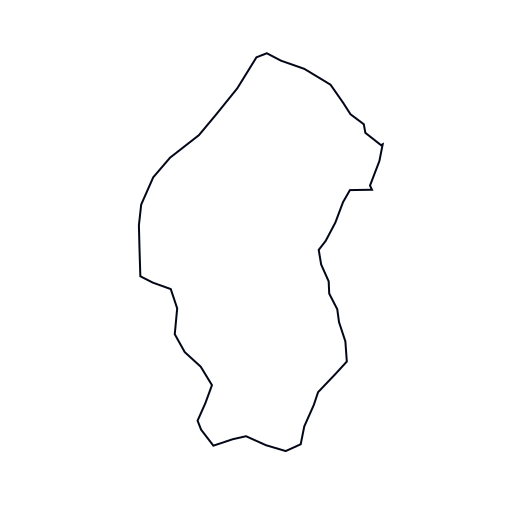 outline of Mönsterås, Kalmar, Sweden, rotated 204°
{"feature_id": "70781695B14809952368056", "entity_name": "Mönsterås", "entity_type": "district", "adm_level": 2, "iso_a3": "SWE", "parent_name": "Sweden", "parent_adm1": "Kalmar", "projection": "albers", "projection_center": [16.333, 57.094], "detail": "fine", "context": "isolated", "style": "outline", "palette": "ink", "viewbox_px": 512, "rotation_deg": 204, "n_neighbors": 0, "source": "geoboundaries", "source_scale": "gbopen_adm2", "svg_char_len": 842}
<svg xmlns="http://www.w3.org/2000/svg" viewBox="0 0 512 512"><g transform="rotate(204 256 256)"><path d="M328.6,445.6L336.4,437.7L341.3,401.6L349.9,369.3L357.3,343.2L374.5,310.9L381.9,286.1L381.8,256.3L375.5,236.5L365.5,215.5L353.4,190.4L339.5,189.7L320.4,191.1L306.7,176.1L298.4,151.5L282.0,139.2L261.5,132.4L243.7,120.1L242.4,100.9L242.4,81.8L235.5,75.0L217.8,65.4L202.8,79.1L191.8,87.3L170.0,87.2L149.5,89.9L147.1,92.6L138.6,102.2L142.6,120.0L142.6,143.2L143.9,156.9L135.6,180.1L130.1,196.5L139.6,214.3L153.3,229.4L160.1,240.4L173.8,251.4L179.3,262.4L193.0,274.7L201.2,287.1L198.5,298.1L197.1,318.7L198.4,340.6L197.0,354.4L177.0,363.7L180.5,366.7L181.9,392.9L185.7,409.6L186.9,408.1L206.2,413.0L211.1,420.2L227.3,423.9L238.7,431.4L257.6,442.8L287.9,446.6L312.5,444.6L328.6,445.6Z" fill="none" stroke="#020617" stroke-width="2"/></g></svg>